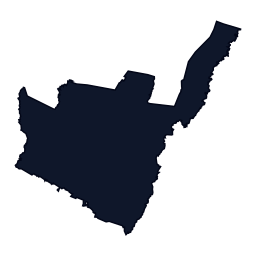 Zacualpan, Morelos, Mexico
{"feature_id": "50627088B38622860816181", "entity_name": "Zacualpan", "entity_type": "district", "adm_level": 2, "iso_a3": "MEX", "parent_name": "Mexico", "parent_adm1": "Morelos", "projection": "mercator", "projection_center": [-98.741, 18.81], "detail": "fine", "context": "isolated", "style": "filled", "palette": "ink", "viewbox_px": 256, "rotation_deg": 0, "n_neighbors": 0, "source": "geoboundaries", "source_scale": "gbopen_adm2", "svg_char_len": 5744}
<svg xmlns="http://www.w3.org/2000/svg" viewBox="0 0 256 256"><path d="M19.8,96.0L19.4,97.8L18.2,98.1L18.1,98.5L20.0,101.1L19.6,101.7L20.0,104.4L19.4,105.1L19.4,106.1L20.0,106.7L19.8,108.2L18.8,109.2L19.6,110.4L19.6,113.3L20.2,113.9L20.7,116.4L20.1,117.7L20.3,119.3L18.8,119.7L18.9,120.1L19.7,120.7L19.9,121.4L18.8,122.1L21.1,125.1L21.4,128.8L21.0,130.1L21.9,130.4L24.2,132.4L25.9,133.4L27.8,138.6L27.3,139.5L26.7,143.4L26.6,143.7L25.9,143.6L25.8,145.1L24.6,145.2L24.4,145.8L24.2,147.2L24.8,148.4L24.9,150.2L24.5,152.3L23.9,152.9L22.8,152.9L21.7,154.3L20.1,155.1L19.7,157.0L21.4,158.8L21.2,159.0L19.3,158.8L19.4,159.5L20.4,160.2L18.1,160.8L17.3,163.6L15.4,165.3L16.2,167.1L17.5,167.3L18.7,168.6L20.0,168.9L21.0,168.5L31.9,174.9L33.9,173.7L35.0,174.7L35.5,174.6L37.0,176.2L38.1,175.5L38.7,176.9L40.2,176.5L43.8,179.0L44.6,179.8L44.9,180.8L45.7,179.5L46.4,180.8L47.0,180.2L48.0,181.5L51.2,183.4L51.4,184.0L51.8,183.5L52.9,184.1L53.4,183.2L59.6,187.2L58.6,189.4L57.6,189.3L57.3,190.0L58.4,191.1L59.7,187.3L61.9,188.7L62.6,188.2L64.2,187.9L64.2,188.3L65.9,189.3L65.6,189.7L69.3,191.1L69.1,191.8L71.0,193.3L72.7,194.0L70.8,196.4L75.8,198.4L76.6,197.3L83.7,200.2L83.3,201.8L83.5,203.2L82.7,205.8L84.0,206.1L84.7,205.4L85.9,205.1L86.0,206.5L86.3,204.7L86.0,204.5L85.6,203.2L86.0,201.5L87.1,201.9L87.9,202.7L87.6,204.3L87.7,205.2L88.1,205.2L87.7,207.1L90.0,207.8L92.0,209.6L93.2,211.0L93.1,212.2L94.2,213.1L94.5,213.1L94.5,212.7L95.4,212.8L95.6,214.0L94.8,217.0L97.1,217.2L98.0,218.3L106.1,221.8L109.2,221.3L122.5,225.7L123.2,227.5L124.5,227.2L124.4,231.0L126.0,234.6L127.3,233.2L128.3,233.2L128.0,232.3L129.4,232.5L130.6,232.2L131.2,230.2L132.2,229.7L132.7,228.9L132.2,227.5L134.1,226.4L135.0,222.8L136.5,221.9L136.7,220.4L137.4,219.5L139.1,218.9L139.7,218.0L141.0,217.2L141.2,215.8L142.3,214.8L142.7,213.8L142.4,212.5L143.5,212.1L144.5,208.7L145.9,206.3L146.2,205.3L145.3,205.0L145.1,204.2L148.0,202.7L148.2,201.3L147.8,201.3L147.5,200.6L148.1,200.0L147.7,199.2L148.8,198.3L149.4,196.9L150.5,196.4L150.5,194.9L152.1,194.6L152.5,194.1L152.8,192.3L152.4,189.2L152.7,186.8L151.5,183.5L151.8,182.8L153.6,181.7L154.6,181.6L155.1,180.3L157.2,178.9L157.3,178.4L156.3,177.7L157.3,177.1L157.4,176.5L156.5,176.2L157.1,175.1L157.2,174.1L159.1,172.4L157.7,172.1L157.6,171.3L160.6,166.6L160.0,166.3L159.3,166.6L158.8,166.2L158.6,165.1L157.3,164.6L156.7,163.0L156.0,157.7L157.3,155.2L158.3,155.9L158.8,154.6L159.7,154.1L159.9,153.1L161.0,152.4L161.8,150.6L162.9,149.4L164.3,148.6L164.9,145.7L164.8,143.7L163.8,143.7L163.5,143.2L163.5,142.6L164.5,141.1L163.7,140.1L164.0,137.6L164.3,137.2L165.2,137.6L164.8,136.3L166.4,134.6L171.6,134.9L172.5,134.6L172.4,131.4L173.2,130.0L171.8,130.2L171.5,129.7L172.7,129.0L171.9,128.6L171.3,127.2L171.6,125.9L171.8,125.5L172.9,125.0L172.4,124.5L173.3,123.8L174.7,123.1L175.8,123.2L176.3,122.5L176.4,121.3L178.1,121.4L179.8,120.0L181.6,120.5L181.0,121.5L182.2,122.6L182.0,124.0L183.2,125.4L183.9,125.4L184.1,127.4L185.4,127.2L184.6,125.2L184.9,124.8L186.0,126.1L186.8,126.4L186.9,125.0L186.3,123.9L186.4,123.5L187.0,123.2L187.8,123.7L189.0,123.1L190.3,118.5L192.3,117.5L191.8,118.4L193.1,118.3L194.6,115.8L195.5,115.4L196.1,113.6L197.8,111.4L198.8,110.8L198.7,110.3L199.8,108.5L200.2,108.6L200.7,108.3L200.5,107.5L201.6,106.8L201.9,105.6L202.5,105.0L203.9,104.8L204.6,104.0L204.8,102.7L203.9,102.4L203.1,101.2L202.1,101.0L202.7,99.9L203.7,99.7L204.4,98.7L205.7,98.6L206.4,98.0L206.6,95.9L205.0,93.1L205.3,92.6L206.0,92.9L206.1,93.9L206.8,94.0L207.3,93.8L207.4,92.3L209.3,91.4L209.7,90.8L209.7,90.2L208.8,89.3L208.4,87.7L209.0,86.0L208.9,85.4L207.8,84.5L208.4,83.3L207.9,82.7L208.0,82.1L209.4,81.9L210.4,80.0L211.3,80.0L211.8,79.3L211.2,78.4L209.8,78.5L208.8,78.0L209.0,77.3L210.6,76.4L210.6,75.4L212.8,74.4L212.6,73.6L212.1,73.2L211.1,73.3L211.0,72.9L213.3,70.0L213.2,67.6L215.0,65.9L215.6,66.0L216.0,65.2L216.7,65.5L217.1,64.6L218.8,63.2L218.6,62.9L216.8,63.1L216.6,62.4L216.9,62.0L218.2,62.1L219.1,60.9L219.6,61.2L220.7,60.3L221.4,60.6L221.9,60.0L221.9,58.7L223.1,59.5L223.7,59.2L223.5,57.6L223.0,57.2L223.6,56.2L225.1,56.3L225.6,55.6L226.2,55.5L228.2,56.0L228.1,55.1L227.3,55.0L226.7,54.3L227.0,53.6L228.0,54.0L228.3,53.5L226.9,52.1L227.1,51.8L228.0,52.1L227.9,51.0L227.3,50.8L227.8,49.8L228.6,50.2L229.2,50.0L229.6,48.5L227.4,46.9L229.2,46.6L229.2,45.9L230.2,45.3L230.2,44.6L228.5,43.3L229.8,42.0L231.3,42.2L231.3,41.8L232.6,41.2L232.9,40.6L233.4,40.4L234.6,41.0L235.1,40.6L235.1,39.5L236.1,38.8L236.0,37.1L237.5,36.5L237.5,36.1L237.4,35.7L235.0,35.5L234.6,35.1L234.8,34.5L235.3,34.1L236.4,34.9L237.3,34.5L237.9,33.4L237.3,31.8L237.7,31.5L237.8,30.0L240.5,29.7L240.6,29.1L223.5,24.0L216.6,21.4L213.9,29.6L210.1,37.2L195.4,52.1L188.5,61.7L183.8,79.8L182.4,80.2L181.5,81.1L181.7,87.2L182.0,87.8L181.8,88.9L181.1,89.8L180.9,91.1L181.1,91.3L179.4,94.4L174.5,106.5L150.3,103.7L148.0,103.1L147.4,101.7L147.4,100.7L149.8,97.9L149.5,97.3L150.6,95.9L149.2,94.9L149.5,94.5L150.5,94.9L150.8,94.6L151.2,93.5L151.1,92.1L151.7,91.7L152.0,89.7L153.0,88.8L152.4,88.4L154.0,84.0L153.2,80.6L154.4,78.9L154.3,76.7L147.8,74.7L128.2,71.1L124.2,76.5L125.8,77.3L124.3,80.6L123.3,81.0L123.0,80.1L122.2,79.9L120.0,82.8L119.3,82.8L115.1,90.1L87.4,85.0L76.5,84.0L71.4,82.2L72.0,81.3L72.7,81.1L71.2,80.3L70.6,80.5L69.9,79.9L69.4,80.1L68.9,81.4L67.8,81.1L67.8,82.9L66.3,85.4L64.9,84.3L63.5,85.1L63.3,86.4L62.3,85.3L61.9,85.4L61.4,86.6L60.2,86.5L59.8,87.7L60.3,89.4L58.8,88.5L58.3,88.4L57.8,88.9L59.5,91.8L59.6,92.8L59.1,93.9L59.6,94.0L60.0,94.7L59.7,95.3L58.5,95.0L58.2,97.6L59.0,98.3L58.8,100.8L59.6,101.4L58.7,104.3L57.7,104.9L57.4,105.5L57.9,106.1L55.9,107.5L55.0,109.3L53.9,109.2L49.8,107.2L27.2,96.0L24.5,87.7L23.4,87.4L22.9,88.8L21.9,89.0L20.6,90.5L20.1,92.3L19.2,93.7L19.3,95.0L19.8,96.0Z" fill="#0f172a" stroke="#020617" stroke-width="1.5"/></svg>